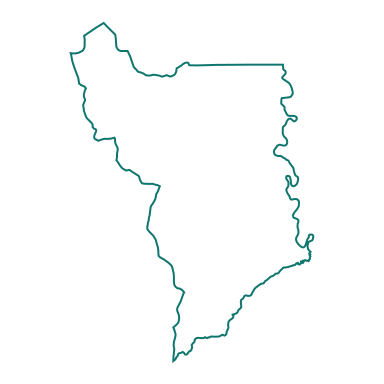 outline of Centinela del Condor, Zamora Chinchipe, Ecuador
{"feature_id": "8360857B40845623315832", "entity_name": "Centinela del Condor", "entity_type": "district", "adm_level": 2, "iso_a3": "ECU", "parent_name": "Ecuador", "parent_adm1": "Zamora Chinchipe", "projection": "robinson", "projection_center": [-78.739, -3.948], "detail": "fine", "context": "isolated", "style": "outline", "palette": "teal", "viewbox_px": 384, "rotation_deg": 0, "n_neighbors": 0, "source": "geoboundaries", "source_scale": "gbopen_adm2", "svg_char_len": 5977}
<svg xmlns="http://www.w3.org/2000/svg" viewBox="0 0 384 384"><path d="M283.3,69.2L282.9,64.7L245.4,64.7L216.5,64.9L197.5,65.4L189.7,65.3L189.1,65.0L188.2,62.8L187.3,62.6L185.7,62.7L184.5,63.2L182.8,64.2L181.3,65.6L180.1,66.2L178.0,67.7L176.7,68.2L176.1,72.0L175.2,73.8L174.5,74.7L173.6,75.3L171.3,76.3L170.5,76.5L169.8,76.4L166.7,75.2L162.1,76.7L159.8,75.8L156.6,75.1L154.3,74.8L153.0,74.8L149.8,75.6L146.0,75.3L143.4,73.5L140.4,72.3L138.6,72.0L137.2,70.9L136.9,70.3L133.8,67.1L130.0,56.0L127.6,51.0L120.9,51.0L119.6,50.6L118.3,49.8L117.5,49.0L116.5,47.1L116.3,46.0L115.7,37.8L115.2,34.6L107.3,26.8L103.7,23.0L96.6,27.3L84.1,35.8L84.7,39.3L84.6,46.4L84.4,47.6L83.1,50.2L82.2,51.0L78.5,52.8L75.7,53.4L71.9,53.4L70.7,53.2L71.1,54.4L72.2,60.7L73.3,64.4L75.0,69.4L78.2,77.8L79.2,83.8L80.2,84.3L81.0,85.1L84.5,86.5L85.8,88.2L85.9,88.7L85.4,89.3L84.8,90.6L83.8,94.8L84.0,96.9L85.1,99.8L84.9,100.8L84.2,102.1L83.2,105.0L83.3,106.7L83.8,108.6L83.8,110.6L85.7,115.8L86.6,117.8L87.7,119.1L91.3,122.6L92.4,124.1L92.7,125.2L92.6,127.0L93.0,127.5L94.1,128.7L95.7,129.3L96.1,129.9L96.2,130.7L96.1,131.4L94.7,134.5L94.2,136.1L94.2,137.4L94.5,138.4L95.3,139.2L97.7,140.3L98.2,140.8L102.4,139.3L104.4,138.8L107.7,138.9L111.0,138.6L114.4,137.7L114.9,138.7L115.2,142.3L115.6,143.8L117.7,148.2L117.7,150.2L117.0,153.7L117.0,157.4L116.4,160.3L117.9,162.1L120.1,165.7L122.3,168.3L125.8,170.4L127.0,170.4L128.7,170.0L129.7,170.0L132.1,171.8L138.5,175.8L139.1,176.6L139.9,179.7L141.0,181.9L141.8,183.0L142.7,183.5L145.3,183.8L152.9,183.9L156.2,184.9L157.7,185.2L159.8,186.2L158.1,190.8L157.1,192.8L156.2,194.1L155.6,197.7L155.1,199.6L152.4,204.2L151.3,205.6L150.6,207.3L149.6,215.6L149.0,217.5L148.6,220.8L148.0,222.5L147.3,227.4L147.3,229.0L149.0,231.4L153.4,235.8L155.6,239.5L156.1,240.9L156.4,242.3L158.0,247.9L158.3,250.5L158.4,254.4L158.7,256.0L160.2,257.4L163.8,259.4L168.3,262.6L170.1,264.2L171.3,265.4L172.2,267.1L173.6,273.1L173.9,276.5L173.9,281.2L174.1,283.1L174.3,284.7L174.8,285.7L175.8,287.0L177.4,288.2L180.0,288.7L182.0,289.9L184.2,292.4L183.6,293.4L182.7,295.6L180.7,301.4L177.5,307.5L177.2,308.6L177.2,310.7L178.7,314.7L179.2,317.3L178.8,320.9L178.3,322.3L177.7,323.4L175.3,325.8L173.3,327.4L174.6,330.8L175.6,334.3L175.4,336.5L173.9,342.0L173.7,344.1L173.7,346.1L174.3,349.1L173.5,356.3L173.3,361.0L175.4,359.4L176.1,357.8L177.5,356.0L178.5,353.5L180.5,353.0L181.7,352.5L182.1,352.2L182.7,352.0L184.0,352.9L185.1,354.5L185.7,354.6L186.8,354.4L187.4,354.0L187.9,352.9L189.2,351.5L189.6,351.1L190.6,350.9L191.5,349.5L192.2,347.1L191.7,345.1L192.8,343.3L194.1,342.4L194.4,341.9L194.8,339.6L195.1,339.1L196.7,338.1L197.8,337.8L200.9,338.1L203.3,338.1L203.9,338.0L205.0,337.2L206.5,337.9L207.5,338.1L208.4,337.3L209.6,337.4L211.1,336.5L215.0,336.7L218.1,336.6L219.5,336.3L222.3,334.8L223.0,334.8L224.1,335.5L224.6,335.6L225.9,334.7L226.4,333.8L226.7,331.6L228.2,328.4L228.4,327.7L228.1,324.4L228.3,323.0L228.7,321.5L229.9,320.1L232.2,318.5L233.0,317.7L233.5,316.1L233.4,315.5L232.8,315.2L232.6,314.7L235.8,313.6L237.0,312.9L237.5,312.3L238.1,310.8L238.8,309.7L240.4,308.4L241.1,307.4L241.3,306.8L240.8,302.1L241.1,300.3L241.3,299.7L243.1,298.5L244.4,296.0L245.2,295.6L246.4,295.4L247.9,295.9L249.7,295.8L251.0,295.2L251.4,294.7L252.5,292.3L254.4,289.1L255.4,287.9L260.9,283.8L262.7,283.6L263.6,283.2L265.1,281.2L267.3,279.7L270.7,276.7L273.3,275.7L274.7,274.6L275.5,273.7L277.1,273.6L278.0,273.3L278.9,272.6L279.1,272.1L280.6,270.2L281.9,269.2L283.1,267.8L284.1,267.5L285.4,267.6L286.4,267.2L288.2,267.1L289.3,266.5L291.7,266.0L293.0,265.2L293.9,265.3L294.7,264.9L295.1,264.9L295.5,264.6L296.0,263.7L297.6,262.8L298.1,263.0L298.2,264.1L299.6,264.5L300.6,263.5L301.5,263.2L300.9,262.3L301.0,261.6L302.0,261.8L302.3,261.2L303.3,262.2L303.6,260.7L304.5,260.9L305.1,260.1L306.0,260.3L306.6,260.8L307.7,260.7L308.6,261.2L308.9,260.7L308.9,259.9L310.0,258.8L309.7,257.8L310.4,256.3L309.7,255.3L310.2,254.6L309.4,254.2L309.2,253.5L309.5,253.0L310.0,252.8L310.6,251.9L309.2,250.6L308.1,249.1L307.7,247.4L307.5,245.7L308.1,243.0L308.8,241.8L312.1,240.4L312.6,239.7L312.9,238.9L313.2,237.2L313.3,236.1L312.7,235.0L311.8,234.6L309.8,234.6L309.2,235.0L308.9,235.6L308.7,237.3L307.4,239.3L305.7,244.7L305.0,246.2L303.7,247.3L302.5,247.3L301.6,247.0L300.1,245.9L298.1,243.9L296.8,241.9L296.2,240.4L296.0,238.8L296.5,237.2L297.8,234.9L298.3,233.7L298.4,232.6L298.5,231.6L298.3,229.9L297.5,227.3L297.7,223.7L298.2,222.6L298.4,221.4L298.4,220.3L298.0,219.8L296.9,218.9L293.5,217.6L293.2,216.6L293.0,214.8L294.7,212.0L297.0,209.3L298.3,207.1L298.8,205.7L299.0,202.2L298.7,200.9L297.4,199.4L295.8,199.0L294.3,199.1L291.5,199.6L290.7,199.3L290.0,198.1L289.7,196.9L289.2,195.9L287.4,193.1L286.4,190.7L286.4,189.2L288.3,186.2L288.5,183.3L288.2,181.6L286.3,178.6L286.2,177.3L286.5,176.3L287.0,176.0L288.9,176.0L290.0,177.0L290.8,180.6L290.9,183.2L291.3,184.8L291.8,185.5L293.0,186.2L294.4,186.1L296.5,184.4L297.2,183.2L297.8,181.1L298.1,179.5L298.1,177.6L297.6,176.9L295.4,175.4L294.3,172.6L293.3,167.9L292.6,166.9L292.0,166.3L289.4,162.6L288.8,161.1L287.7,160.2L286.3,159.8L286.1,159.4L284.7,158.3L283.2,157.6L281.2,156.2L280.3,156.0L278.1,156.0L275.9,155.3L274.7,154.5L274.0,152.5L274.0,150.8L274.4,149.8L276.7,146.8L277.3,145.6L279.8,144.7L282.8,145.5L284.4,145.6L285.3,145.5L286.6,144.4L286.9,143.6L287.2,142.6L287.2,141.7L286.6,139.3L286.0,138.4L284.3,136.8L283.7,136.0L282.9,134.0L282.7,133.0L282.8,128.7L283.0,127.0L285.1,125.1L285.8,124.0L286.9,121.1L288.1,119.4L289.0,118.8L290.6,118.6L293.8,121.3L294.4,121.3L294.9,121.2L296.2,120.1L296.8,118.7L296.7,117.8L296.3,117.0L295.1,116.2L293.3,115.9L289.5,115.9L288.5,115.7L287.6,115.3L286.5,113.6L284.7,110.1L284.5,109.1L284.6,107.2L284.2,106.6L281.5,104.0L281.2,103.2L281.5,98.7L281.9,98.1L289.2,97.3L290.9,96.6L292.5,94.3L292.7,93.5L292.7,92.1L291.8,88.3L290.5,85.1L289.0,83.0L283.4,79.2L282.3,78.2L282.2,77.8L282.4,77.0L285.0,74.4L285.5,73.5L285.7,72.4L285.6,71.5L285.0,70.7L284.0,70.1L283.3,69.2Z" fill="none" stroke="#0f766e" stroke-width="2"/></svg>